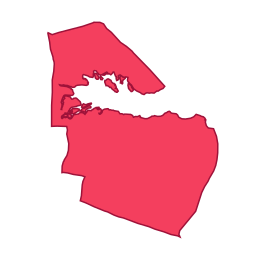 Teluk Bintuni, Papua Barat, Indonesia (Albers equal-area conic projection), rotated 188°
{"feature_id": "22746128B11480476919105", "entity_name": "Teluk Bintuni", "entity_type": "district", "adm_level": 2, "iso_a3": "IDN", "parent_name": "Indonesia", "parent_adm1": "Papua Barat", "projection": "albers", "projection_center": [133.559, -2.087], "detail": "fine", "context": "isolated", "style": "filled", "palette": "rose", "viewbox_px": 256, "rotation_deg": 188, "n_neighbors": 0, "source": "geoboundaries", "source_scale": "gbopen_adm2", "svg_char_len": 6097}
<svg xmlns="http://www.w3.org/2000/svg" viewBox="0 0 256 256"><g transform="rotate(188 128 128)"><path d="M166.7,227.7L170.5,228.7L176.6,227.9L177.3,227.3L187.0,222.4L209.7,213.0L216.1,209.9L220.4,211.2L220.5,210.6L217.5,202.1L215.7,195.2L212.2,187.9L211.6,185.6L210.4,183.2L209.9,181.0L209.4,173.9L209.7,165.0L207.9,152.9L206.8,139.9L203.9,119.0L198.4,120.0L188.9,121.0L187.7,117.6L187.8,113.5L184.5,104.3L183.9,97.5L184.6,92.3L186.7,87.5L186.7,86.6L187.1,86.2L187.4,85.0L187.9,81.2L187.2,74.6L185.9,75.0L181.5,75.1L175.6,74.4L167.3,74.4L163.9,73.7L165.2,68.8L165.4,65.3L164.7,54.4L165.1,49.3L159.8,48.1L150.2,45.2L139.4,42.5L136.6,42.1L129.7,39.8L124.8,38.7L120.1,38.3L104.9,34.9L93.5,33.2L87.2,31.6L78.1,30.2L70.6,28.5L63.8,28.1L61.3,27.3L62.8,29.8L62.5,33.6L49.4,54.9L46.0,74.4L44.0,80.6L41.3,86.5L40.4,89.6L37.2,97.4L35.9,103.1L35.5,109.1L35.7,115.8L36.9,124.9L39.2,132.0L43.2,139.2L48.5,139.2L50.7,141.1L52.2,144.5L52.1,146.8L53.0,146.8L52.7,147.7L53.4,148.6L55.0,149.6L57.0,149.8L58.3,150.3L62.4,151.0L64.5,148.2L67.4,146.4L72.3,144.9L75.9,144.6L79.2,145.7L80.8,147.9L82.3,148.8L86.6,148.7L88.0,149.2L88.6,150.0L89.5,150.3L90.9,149.6L92.0,148.5L93.4,147.9L95.4,145.3L97.3,144.2L100.4,143.6L103.6,143.9L104.0,143.4L106.1,143.0L106.8,142.2L110.1,140.0L112.5,139.6L117.3,140.2L117.2,140.9L118.1,141.9L120.2,140.6L122.4,140.4L124.1,139.4L125.2,141.0L127.2,141.8L132.4,141.4L133.6,141.2L134.0,140.7L136.0,141.3L137.9,141.0L139.9,143.1L144.0,143.2L145.2,143.6L146.3,143.3L148.0,143.6L149.2,143.3L150.1,144.2L150.8,144.3L153.9,143.4L155.2,142.5L155.9,141.5L155.7,140.4L156.2,139.2L157.4,137.8L158.2,137.7L158.8,138.3L158.8,138.6L157.8,138.5L156.9,139.7L156.8,141.5L157.3,142.7L158.0,143.2L159.6,142.1L160.7,142.1L162.3,143.8L164.4,142.6L165.2,141.5L165.8,141.4L166.9,140.0L170.1,140.0L171.4,137.3L172.6,136.4L172.7,136.2L172.2,136.1L172.5,135.5L173.9,136.4L175.4,136.9L177.1,136.7L178.2,136.1L179.0,135.0L182.9,133.8L183.7,133.3L184.8,130.6L185.5,129.5L186.2,129.1L186.8,128.9L188.0,129.3L189.5,130.4L191.6,129.5L193.0,129.8L194.4,128.3L195.1,128.6L195.4,129.7L195.2,130.6L192.5,133.3L192.4,134.1L190.4,134.1L189.6,134.7L189.1,136.9L188.7,137.2L188.3,138.6L187.0,140.5L181.8,142.3L181.4,142.8L178.3,143.9L177.7,144.6L178.9,147.3L183.1,150.3L184.0,150.4L186.0,149.8L186.6,149.0L187.7,148.8L188.7,149.6L189.4,150.7L194.5,151.3L195.0,150.5L195.3,148.7L194.8,148.4L195.8,147.2L196.1,145.8L195.9,144.2L194.8,144.5L195.8,143.8L195.3,142.7L195.9,141.3L195.7,140.9L196.4,138.0L196.2,137.1L196.8,137.1L196.5,139.9L196.6,142.2L197.8,144.4L197.3,145.3L197.5,145.9L196.8,149.0L196.0,151.2L194.9,151.9L188.0,152.5L186.8,153.4L186.5,154.7L187.8,156.6L188.3,158.1L189.7,158.5L189.7,159.1L190.5,159.5L194.5,160.5L200.3,160.4L201.4,160.7L201.8,161.3L199.4,161.1L197.8,161.8L196.5,161.5L193.8,161.7L191.1,161.0L189.9,161.1L189.3,160.7L188.4,160.5L186.5,161.1L185.5,162.5L184.0,163.3L179.6,164.3L175.2,164.4L174.7,164.9L174.1,164.9L173.6,165.5L173.6,167.0L174.7,166.6L173.7,167.4L174.0,168.0L175.7,170.1L176.0,170.3L177.0,169.5L176.3,170.3L176.9,170.9L177.6,170.9L177.9,170.6L178.3,171.0L178.7,170.9L179.1,170.4L179.6,170.9L179.9,171.4L179.7,171.9L180.2,173.0L180.1,174.0L179.6,174.7L179.1,174.7L175.2,174.1L173.1,173.2L169.9,173.2L169.5,174.3L169.9,176.6L169.6,177.8L170.0,179.4L169.3,180.2L167.4,180.1L165.8,178.3L164.8,177.8L164.4,177.0L163.0,176.6L161.5,177.0L156.9,180.4L156.0,180.1L155.3,178.6L154.3,179.2L152.4,178.3L151.3,179.7L150.5,181.4L149.8,181.5L147.6,177.6L146.8,177.3L146.8,176.5L146.3,176.5L146.7,175.7L146.2,174.2L145.5,174.4L145.6,173.6L144.9,173.9L144.1,174.8L144.2,176.7L144.8,178.5L143.9,179.2L142.9,179.4L140.1,177.9L138.2,177.8L140.0,177.6L142.1,178.8L142.8,178.8L143.0,176.7L141.7,173.2L139.8,173.6L139.5,174.8L137.7,176.8L137.8,178.0L137.4,178.3L135.1,178.1L135.2,175.4L134.8,174.4L132.1,172.0L130.7,171.2L127.8,167.6L124.6,165.9L120.5,164.7L119.5,163.9L117.2,163.4L116.5,163.5L115.7,164.6L114.2,165.5L111.7,165.5L109.8,166.1L107.0,166.2L104.6,168.6L103.3,168.7L101.3,170.5L98.8,172.0L97.4,174.4L114.3,188.6L133.1,203.1L134.6,204.6L140.6,208.4L147.3,211.7L157.8,220.4L163.0,223.5L166.7,227.7ZM146.5,162.8L145.4,161.8L145.6,162.2L145.3,162.3L144.5,161.8L143.7,161.9L142.8,163.2L144.5,165.5L145.1,165.7L145.9,165.5L145.3,166.8L146.7,169.4L147.1,169.6L147.2,169.0L148.0,170.2L149.1,170.2L150.6,171.2L151.5,172.8L154.3,173.9L155.3,173.6L157.1,171.6L157.5,171.7L157.5,170.4L155.6,166.8L154.7,167.1L153.0,166.6L151.6,165.6L150.7,165.9L149.4,164.5L146.5,162.8ZM181.2,140.2L185.7,139.3L186.1,138.3L185.4,136.8L185.4,136.0L187.5,135.4L187.8,134.9L185.1,134.4L184.2,134.5L182.9,135.2L179.4,138.1L178.9,138.8L178.9,139.8L181.2,140.2ZM175.6,138.4L172.8,137.7L172.4,138.3L172.2,140.1L171.6,141.0L170.0,142.2L167.9,142.7L167.6,142.9L167.6,143.7L169.0,144.7L169.6,144.8L174.3,141.3L175.7,141.0L177.7,138.2L175.6,138.4ZM129.9,164.5L129.0,164.8L128.6,165.3L128.0,166.3L128.2,166.9L130.1,168.8L130.4,170.1L133.9,172.5L134.0,170.3L132.9,167.1L129.9,164.5ZM176.0,145.2L176.9,142.6L176.9,142.2L175.9,141.9L172.6,143.5L169.4,145.9L168.0,146.2L167.6,147.1L167.8,147.5L168.4,147.4L171.1,146.3L172.7,145.3L174.1,145.3L175.3,145.8L176.0,145.2ZM168.1,177.6L168.5,177.1L168.5,176.1L167.2,172.9L165.9,172.0L164.5,172.1L164.0,172.7L163.9,173.9L164.3,174.8L166.9,177.5L168.1,177.6ZM188.6,133.9L189.3,133.1L189.3,130.8L186.5,129.5L185.9,130.4L185.6,132.7L188.6,133.9ZM190.0,133.1L192.4,132.8L193.9,131.4L193.8,131.0L192.4,130.2L190.0,130.7L189.7,131.9L190.0,133.1ZM161.7,172.2L160.3,172.2L159.7,173.5L162.4,175.6L162.6,174.6L162.0,172.7L161.7,172.2ZM160.1,177.7L160.3,176.9L158.7,177.0L156.7,178.8L156.4,179.9L157.0,179.9L158.0,179.1L158.1,178.1L158.6,177.7L158.4,178.7L159.1,178.3L159.1,177.7L160.1,177.7ZM140.8,171.3L139.9,170.9L139.4,171.8L140.1,173.2L141.9,172.5L141.8,171.5L140.8,171.6L140.8,171.3ZM161.8,144.0L160.2,142.5L159.7,142.7L159.3,143.9L159.7,144.5L161.8,144.0ZM188.1,136.0L186.0,136.1L185.6,136.4L185.7,136.7L186.5,137.4L186.6,138.0L187.8,136.8L188.1,136.0ZM194.4,130.9L194.8,130.3L194.6,128.8L193.6,129.7L194.2,130.3L194.0,130.9L194.4,130.9Z" fill="#f43f5e" stroke="#9f1239" stroke-width="1.5"/></g></svg>